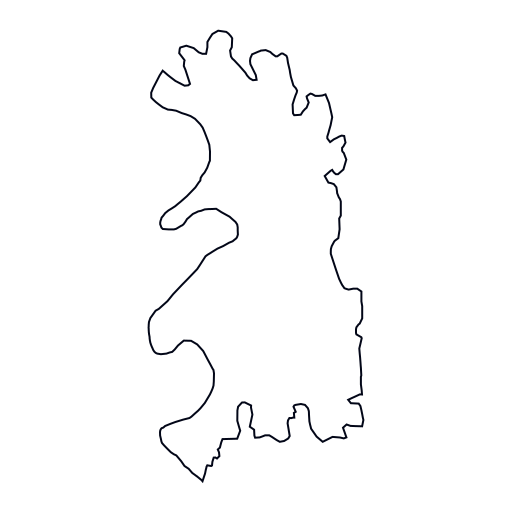 the district of Kafr Al-Zayyat, Al Gharbiyah, Egypt
{"feature_id": "37247803B98548852573050", "entity_name": "Kafr Al-Zayyat", "entity_type": "district", "adm_level": 2, "iso_a3": "EGY", "parent_name": "Egypt", "parent_adm1": "Al Gharbiyah", "projection": "equal_earth", "projection_center": [30.818, 30.807], "detail": "fine", "context": "isolated", "style": "outline", "palette": "ink", "viewbox_px": 512, "rotation_deg": 0, "n_neighbors": 0, "source": "geoboundaries", "source_scale": "gbopen_adm2", "svg_char_len": 5963}
<svg xmlns="http://www.w3.org/2000/svg" viewBox="0 0 512 512"><path d="M180.3,47.5L179.7,49.0L179.2,53.2L184.1,59.6L184.6,60.3L184.2,61.7L183.8,66.0L185.4,69.7L190.0,83.9L188.3,85.3L184.6,85.7L175.5,81.0L170.5,77.2L167.6,74.9L164.3,72.0L163.1,71.1L162.7,70.7L159.7,75.3L153.2,87.9L151.2,92.7L151.3,97.6L153.1,99.5L155.9,102.1L158.8,104.4L162.7,107.3L165.9,108.7L167.9,109.6L171.6,109.9L176.1,110.7L181.8,113.1L186.0,114.4L190.6,116.1L195.0,118.8L200.3,124.3L202.7,127.7L204.5,131.9L206.1,136.0L207.9,140.8L209.3,144.8L210.0,151.6L209.9,160.8L209.4,161.7L207.2,167.8L204.6,172.5L202.3,175.2L200.7,177.8L200.3,180.6L198.8,182.4L195.4,187.4L186.9,196.2L180.5,201.8L177.8,204.0L175.2,206.2L171.8,208.4L168.5,210.4L165.2,213.1L163.1,215.9L161.6,217.6L161.1,219.4L160.5,221.0L160.2,222.6L160.2,224.3L161.0,226.3L161.4,227.6L162.8,229.0L168.7,229.4L173.9,229.4L176.2,228.8L181.0,225.9L182.3,225.3L183.6,224.2L185.5,221.6L187.0,219.1L189.1,217.3L192.8,214.0L193.6,213.6L195.8,212.6L198.2,211.4L201.1,210.8L204.7,209.4L208.4,209.1L212.2,209.0L216.2,208.8L221.3,212.1L222.0,212.5L229.6,216.7L231.7,218.6L235.0,221.5L235.4,221.8L237.2,224.5L237.7,227.3L237.7,230.5L237.9,234.6L237.1,237.0L236.3,238.3L233.9,240.2L232.6,241.3L229.1,242.7L225.4,244.8L223.1,246.1L217.5,248.6L212.3,251.8L210.3,253.1L207.5,254.8L205.5,256.3L200.1,264.7L197.2,269.1L187.5,279.2L182.2,284.6L174.9,292.3L173.1,294.2L167.5,301.1L158.8,308.9L155.6,310.7L150.4,318.0L149.0,321.9L148.9,322.5L148.9,323.0L148.8,323.6L148.8,324.2L148.7,324.7L148.7,325.3L148.7,325.9L148.7,326.4L148.6,327.0L148.6,327.5L148.6,328.1L148.7,328.7L148.7,329.2L148.7,329.8L148.7,330.4L148.8,330.9L148.8,331.5L148.8,332.1L148.9,332.6L149.0,333.2L149.0,333.8L149.1,334.3L149.2,334.9L149.3,335.4L149.4,336.0L149.5,336.5L149.6,337.3L149.6,338.1L149.7,338.9L149.8,339.7L149.9,340.5L150.1,341.4L150.2,342.1L150.4,342.9L150.7,343.7L150.9,344.5L151.2,345.2L151.5,346.0L151.8,346.7L152.1,347.4L152.5,348.2L152.8,349.0L153.1,349.6L153.4,350.3L153.9,351.0L154.4,351.7L155.0,352.3L155.5,352.7L155.9,353.0L156.3,353.2L156.6,353.3L157.2,353.6L160.9,354.2L166.5,353.6L169.6,352.5L172.2,351.9L174.7,349.5L178.0,345.5L180.6,343.3L183.8,340.6L191.1,340.8L197.2,344.4L203.2,351.0L203.9,352.3L207.5,359.2L210.4,364.5L212.7,368.9L213.4,369.8L213.6,370.9L214.0,373.4L213.8,381.6L213.5,385.6L212.6,388.5L211.1,392.0L209.9,394.5L204.8,403.0L200.5,408.2L198.0,410.8L194.8,413.6L191.4,416.7L189.5,418.0L186.0,418.9L183.2,419.6L175.4,422.0L170.5,423.8L165.1,426.0L163.3,427.6L161.6,428.2L160.9,429.1L160.3,430.3L160.0,432.1L160.1,435.5L160.9,438.9L161.4,441.4L162.0,443.0L164.0,445.3L167.1,448.5L170.8,452.2L173.9,454.3L176.3,455.4L181.2,461.2L184.5,466.0L188.7,468.8L192.2,472.9L197.5,476.8L201.9,480.4L202.4,481.2L202.5,481.3L204.1,476.4L204.9,474.0L205.1,473.3L205.8,469.8L206.4,467.5L206.5,466.8L207.3,465.3L208.3,465.5L211.2,466.0L212.0,465.5L212.4,461.8L213.7,457.6L215.4,457.5L217.0,458.5L219.4,456.1L219.0,452.3L217.8,449.5L219.9,447.6L221.1,442.9L221.5,441.7L222.5,439.1L226.5,439.0L237.2,438.7L240.2,430.7L239.2,427.4L237.3,420.8L237.4,411.4L237.4,410.5L238.1,406.7L242.0,402.5L244.8,402.4L248.0,404.0L251.1,405.5L251.0,407.6L252.4,414.6L249.8,426.7L254.1,429.7L254.4,435.6L255.1,437.7L259.7,437.4L262.7,436.3L265.2,435.3L268.4,435.3L269.2,435.3L271.9,436.9L274.9,438.9L276.9,440.2L279.8,441.8L283.5,441.1L284.1,441.0L288.2,438.5L289.7,436.0L287.6,423.3L288.0,420.4L289.4,418.0L291.4,418.1L293.0,417.6L294.3,417.6L293.9,412.9L295.7,411.8L293.5,406.7L294.3,405.4L295.5,404.9L300.9,404.0L305.0,404.9L307.2,407.4L307.9,408.2L308.8,411.0L308.9,412.0L309.0,414.9L309.2,418.1L309.4,421.4L310.1,424.7L310.6,426.6L311.1,428.7L316.6,436.6L322.7,441.8L332.5,436.9L340.0,437.5L343.8,438.4L346.4,437.4L343.0,427.7L346.6,424.5L348.0,425.0L350.5,425.9L355.3,426.1L362.1,426.3L363.4,420.0L362.8,417.4L362.4,415.2L361.4,410.2L360.4,406.0L358.7,403.6L350.9,403.2L348.2,399.8L352.4,397.8L354.2,397.0L359.8,394.4L362.0,394.5L361.7,390.5L360.9,384.4L360.9,381.5L360.9,376.8L361.3,375.4L360.9,367.9L360.7,365.6L360.5,362.7L360.1,357.5L359.7,353.3L359.4,349.7L359.3,348.5L360.5,343.4L361.7,338.2L361.3,337.2L356.4,334.4L356.0,333.0L356.0,329.2L356.4,327.3L358.5,324.5L359.7,323.6L362.2,318.4L362.2,313.2L362.2,306.1L362.0,305.0L361.4,301.4L361.4,291.5L357.3,288.7L353.1,288.7L348.6,289.6L345.7,288.7L344.4,288.2L342.9,286.0L342.4,285.4L341.1,283.0L339.1,278.8L336.2,270.3L335.4,267.9L333.7,262.7L330.8,253.8L330.8,251.4L330.9,249.1L331.3,247.6L331.7,246.2L334.2,241.5L335.0,240.6L338.3,238.2L339.6,229.3L339.2,218.5L340.8,215.6L340.8,205.7L340.8,201.5L340.0,199.1L338.8,197.3L337.1,193.0L337.1,192.1L336.4,187.3L335.1,185.7L333.8,184.1L330.9,183.1L328.4,182.6L324.7,176.0L330.5,170.9L332.2,169.9L333.0,171.3L334.2,172.8L335.9,174.2L338.0,174.2L343.4,169.5L346.3,159.6L343.8,153.0L342.5,151.6L342.1,150.6L342.1,147.8L343.4,146.4L345.5,142.6L344.7,138.8L344.2,136.0L341.7,135.6L339.3,136.5L336.8,137.9L333.9,139.3L330.1,142.1L327.3,138.4L327.3,136.5L328.5,132.7L329.1,130.4L330.6,125.2L332.2,117.2L331.4,113.4L329.0,103.0L327.3,98.8L325.5,94.4L322.3,95.5L318.6,95.9L315.3,95.9L312.0,94.0L310.4,93.6L308.5,94.9L306.6,96.4L307.0,98.3L308.7,102.5L306.6,107.7L305.0,109.1L302.9,111.4L300.8,114.7L299.1,114.9L294.2,115.2L293.8,114.7L293.0,113.3L292.6,104.4L294.2,99.2L295.5,95.4L296.7,92.6L297.1,90.7L295.9,88.3L293.4,85.5L290.9,77.0L290.1,72.8L289.7,70.0L288.9,66.7L288.0,62.9L287.2,57.7L286.4,55.8L282.7,53.5L281.4,53.5L277.3,56.3L275.6,56.3L272.3,53.9L270.3,52.0L265.7,50.1L260.8,50.6L259.9,51.1L258.7,51.5L252.9,54.0L252.1,54.3L250.4,58.1L250.0,60.9L250.4,64.2L255.8,75.1L256.6,79.8L252.9,80.2L249.6,78.3L247.1,75.5L245.4,72.7L239.2,65.6L236.9,63.2L234.3,60.4L232.2,58.5L231.4,57.1L231.0,56.6L230.5,53.3L230.1,50.5L231.8,47.2L232.2,38.3L231.0,36.4L228.5,33.6L226.3,31.9L218.2,30.7L212.4,34.0L209.9,37.8L208.2,40.6L207.4,42.0L207.4,47.2L206.1,53.8L202.4,53.8L198.7,52.3L193.7,48.1L186.3,45.7L183.0,46.7L180.3,47.5Z" fill="none" stroke="#020617" stroke-width="2"/></svg>